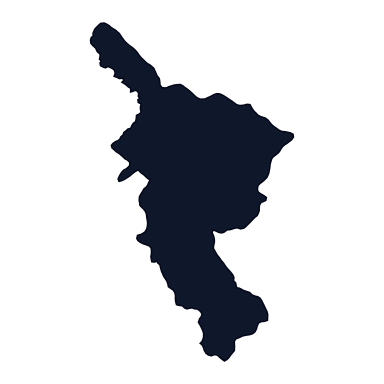 Uruana de Minas, Minas Gerais, Brazil (orthographic projection)
{"feature_id": "56859067B46615656521391", "entity_name": "Uruana de Minas", "entity_type": "district", "adm_level": 2, "iso_a3": "BRA", "parent_name": "Brazil", "parent_adm1": "Minas Gerais", "projection": "orthographic", "projection_center": [-46.329, -16.099], "detail": "fine", "context": "isolated", "style": "filled", "palette": "ink", "viewbox_px": 384, "rotation_deg": 0, "n_neighbors": 0, "source": "geoboundaries", "source_scale": "gbopen_adm2", "svg_char_len": 4511}
<svg xmlns="http://www.w3.org/2000/svg" viewBox="0 0 384 384"><path d="M100.6,23.4L98.3,25.5L96.7,27.1L94.7,29.3L93.0,33.3L93.2,36.0L91.3,37.5L90.5,40.1L91.0,43.5L93.2,45.9L95.6,48.0L97.3,51.7L100.2,54.3L100.0,56.8L99.5,59.3L101.4,61.1L100.0,62.8L100.5,65.7L103.4,67.2L105.5,67.8L108.1,66.5L112.0,68.3L114.3,70.0L115.2,73.1L114.1,76.4L116.6,77.2L119.5,78.6L122.8,78.2L123.7,80.5L121.9,82.2L124.4,83.7L126.7,85.4L128.3,86.9L130.7,88.3L130.6,92.0L133.0,91.3L134.9,90.3L137.1,91.0L138.6,93.0L138.3,96.4L139.8,98.4L137.9,99.7L138.2,102.4L141.2,104.1L140.4,106.8L140.5,109.6L141.1,112.3L139.2,114.1L136.5,115.3L136.3,118.4L135.6,121.6L133.3,123.3L131.9,125.5L130.7,128.3L127.8,129.1L126.1,130.8L123.9,132.4L123.0,135.0L120.9,136.8L119.9,139.0L118.2,140.5L115.6,141.6L113.0,143.4L111.4,145.3L112.0,147.9L114.0,149.6L116.1,151.6L119.3,153.6L122.7,156.6L125.3,159.0L127.4,160.0L129.9,162.5L129.6,165.7L126.5,168.7L123.9,170.0L121.8,172.1L119.6,175.6L118.1,179.0L119.0,181.4L121.6,180.7L124.8,179.2L129.4,176.2L132.8,173.4L134.5,172.0L138.0,169.9L139.6,171.3L141.4,173.2L143.5,174.5L145.3,176.2L147.3,178.1L150.2,180.2L148.7,182.5L147.9,184.6L146.6,186.8L144.1,188.7L142.5,191.5L140.9,194.0L139.4,196.8L139.2,200.6L139.7,203.0L139.9,205.3L141.8,207.4L143.4,208.8L145.1,211.0L146.4,213.8L146.7,216.6L147.0,218.8L147.5,221.4L147.6,224.0L147.3,226.7L146.5,229.5L144.8,232.1L141.5,234.2L137.5,235.4L136.8,238.4L137.8,240.4L140.1,242.2L142.8,243.6L146.1,244.7L149.6,246.1L151.3,248.4L151.5,251.9L151.3,254.4L150.9,256.6L151.3,259.1L151.8,261.8L154.4,262.1L156.7,261.2L157.9,263.1L159.9,264.8L160.7,268.3L161.5,271.1L162.5,273.3L163.6,276.1L165.4,278.8L167.1,281.6L168.0,284.5L168.4,286.7L170.6,288.3L173.1,289.9L174.9,292.7L175.5,295.6L175.4,298.3L175.6,301.3L176.5,304.7L179.0,305.4L182.2,305.7L184.7,308.0L187.0,308.9L189.5,308.2L192.2,307.9L194.5,308.8L197.7,309.1L200.4,311.4L202.0,313.8L201.4,316.4L199.6,318.8L198.4,322.3L200.6,325.9L202.0,328.9L203.0,331.2L203.6,333.4L203.6,336.9L202.8,339.7L201.9,341.7L200.2,343.3L202.0,344.8L203.3,347.1L204.4,350.6L206.2,353.5L208.4,355.0L211.3,355.8L214.5,354.6L217.5,355.2L219.7,357.3L222.2,359.4L224.5,361.0L227.1,359.4L229.2,357.2L230.9,354.7L232.5,352.8L234.4,350.5L234.5,345.7L234.3,341.4L235.8,338.9L239.2,337.6L242.7,335.9L245.9,335.2L249.5,334.7L252.6,333.7L254.9,331.9L256.5,328.9L257.1,326.3L258.5,323.0L261.6,321.5L264.5,321.4L267.5,320.3L267.7,314.4L266.9,311.4L265.7,309.0L264.1,305.6L262.6,302.6L261.6,300.5L260.0,298.2L257.7,296.7L255.2,296.2L252.0,294.9L249.7,292.5L247.3,291.7L245.1,291.0L242.8,290.1L241.0,289.0L239.0,288.1L236.8,287.8L236.1,285.6L235.7,283.0L233.5,280.7L233.9,277.4L232.6,274.6L230.4,271.9L228.6,269.9L226.8,267.9L225.3,265.9L223.9,263.7L222.3,261.7L220.7,259.8L219.5,257.9L218.1,256.2L216.6,254.1L215.0,251.2L213.4,248.4L213.6,245.6L214.4,242.1L214.3,238.8L213.4,235.4L212.1,232.6L213.1,229.9L215.9,231.0L218.8,232.4L221.0,232.9L223.7,232.4L225.7,230.9L227.6,229.7L230.0,229.7L232.6,228.9L234.7,228.2L237.3,227.8L240.6,228.9L243.9,228.1L246.0,226.4L247.6,224.7L249.6,222.8L251.5,220.8L253.4,218.8L255.1,217.1L257.1,215.6L258.2,213.4L259.2,210.6L259.2,208.1L259.5,205.0L261.2,202.3L263.3,201.6L265.8,200.4L266.4,197.5L264.7,196.2L262.1,194.6L259.8,193.3L258.0,191.7L257.4,189.4L257.9,185.7L259.9,183.6L262.2,181.9L264.9,179.5L266.9,177.4L267.9,175.3L268.7,173.2L269.3,170.3L269.9,166.9L270.0,164.7L270.8,161.7L271.6,159.0L273.0,157.0L275.1,155.4L277.0,153.9L278.6,152.6L279.9,150.8L281.1,148.6L282.7,146.5L284.4,145.0L287.0,143.3L289.1,141.7L291.6,139.8L293.5,137.0L293.1,134.3L290.3,132.8L287.4,132.2L285.3,131.8L281.6,131.4L278.8,130.1L276.9,128.6L274.1,126.7L271.6,124.6L270.1,122.8L268.1,120.2L265.6,118.2L263.0,117.3L260.8,116.7L257.9,115.1L255.7,112.8L253.9,111.1L251.9,108.1L250.0,104.6L247.1,104.3L243.7,105.2L240.5,105.5L238.4,105.3L236.0,104.3L234.3,102.9L231.8,101.1L228.3,98.8L225.7,97.0L223.4,95.6L221.3,94.5L219.3,93.8L216.5,93.7L213.7,94.7L210.3,96.6L207.5,97.8L204.9,99.0L200.4,99.2L197.1,97.8L194.5,95.6L191.9,93.0L189.6,91.0L187.4,89.2L184.9,87.5L183.1,86.0L180.4,84.5L177.1,84.7L173.9,85.1L171.6,85.9L169.3,86.5L166.3,87.9L162.2,87.8L160.0,85.0L159.8,81.9L159.3,78.6L157.0,75.6L155.5,72.1L153.8,68.3L151.4,66.1L149.3,64.5L147.3,63.6L145.4,61.8L142.9,59.3L140.9,57.4L138.9,54.9L137.3,52.5L135.1,50.0L132.4,47.6L129.7,45.7L127.1,43.6L124.7,41.2L123.2,39.2L121.4,36.7L119.4,33.6L117.6,32.0L115.3,30.0L112.9,28.6L111.0,27.4L109.2,25.7L106.6,24.1L104.1,23.0L100.6,23.4Z" fill="#0f172a" stroke="#020617" stroke-width="1.5"/></svg>